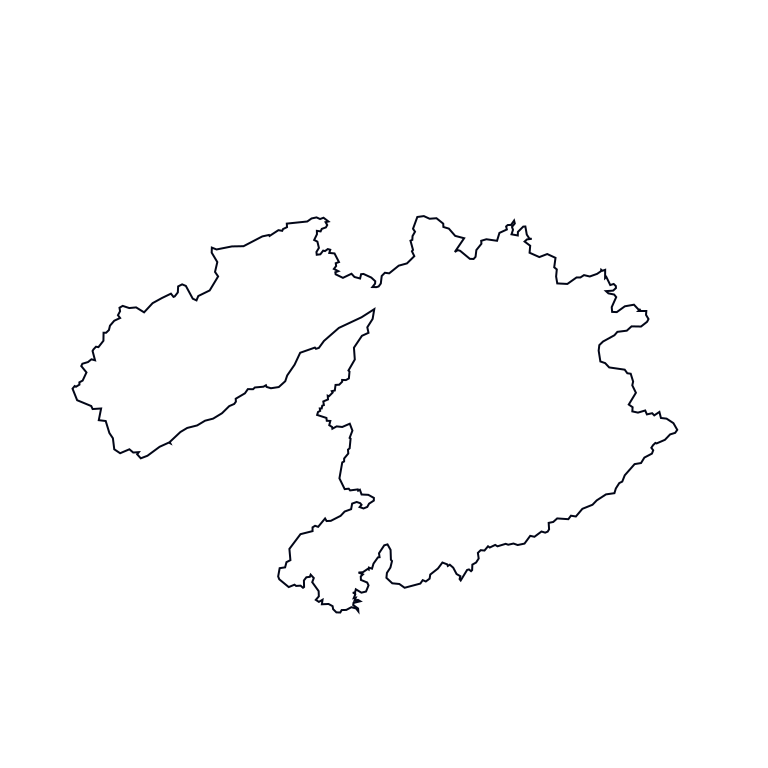 Mezquitic, Jalisco, Mexico (Natural Earth projection), rotated 226°
{"feature_id": "50627088B21610676051611", "entity_name": "Mezquitic", "entity_type": "district", "adm_level": 2, "iso_a3": "MEX", "parent_name": "Mexico", "parent_adm1": "Jalisco", "projection": "natural_earth1", "projection_center": [-104.018, 22.231], "detail": "fine", "context": "isolated", "style": "outline", "palette": "ink", "viewbox_px": 768, "rotation_deg": 226, "n_neighbors": 0, "source": "geoboundaries", "source_scale": "gbopen_adm2", "svg_char_len": 6154}
<svg xmlns="http://www.w3.org/2000/svg" viewBox="0 0 768 768"><g transform="rotate(226 384 384)"><path d="M458.2,538.0L466.8,536.9L471.2,531.6L477.1,529.3L481.0,524.0L475.5,512.7L472.0,512.1L470.6,507.3L468.0,504.5L468.7,502.6L460.3,498.0L460.1,496.3L454.9,494.6L454.8,484.3L458.9,476.8L460.0,464.6L463.4,461.9L463.3,457.4L458.5,451.5L457.9,447.9L458.9,445.9L461.8,443.0L462.4,447.3L464.0,449.1L469.4,448.8L477.4,445.7L478.9,443.8L476.5,440.1L481.5,437.1L485.9,437.2L488.9,428.2L496.5,425.4L498.2,426.6L496.9,429.5L501.6,427.9L502.1,431.5L504.4,433.2L503.0,436.3L512.3,439.1L516.3,435.7L517.9,438.6L520.1,437.3L520.6,433.9L522.2,432.9L521.5,428.3L523.7,425.4L525.9,427.1L527.1,431.7L532.7,435.0L536.1,433.8L538.3,439.8L540.8,442.1L537.8,444.4L538.8,447.0L537.0,451.0L537.8,453.6L541.0,454.4L539.5,456.9L545.6,456.0L547.1,452.6L550.7,451.2L553.4,446.9L554.2,441.7L566.9,425.5L564.2,423.2L565.6,419.0L564.9,417.2L568.0,414.9L570.0,404.5L571.1,404.8L574.7,399.0L580.7,378.7L588.6,370.2L597.1,357.0L601.7,354.9L598.2,351.3L587.5,348.8L582.0,340.3L576.6,339.4L572.4,323.6L576.3,311.5L574.4,307.2L578.2,305.7L592.2,309.6L595.9,308.0L597.2,303.7L593.1,299.3L592.4,294.3L592.9,293.1L597.0,293.5L600.1,284.0L602.9,273.7L602.2,261.2L611.3,258.9L615.6,253.5L621.7,250.3L622.6,246.7L619.7,244.7L618.3,240.4L614.8,240.0L616.9,233.9L616.3,227.4L613.9,223.6L613.9,219.7L615.7,217.9L610.0,212.2L608.9,204.2L610.9,202.7L610.7,199.0L610.2,197.3L601.8,192.6L605.0,190.7L605.4,186.3L608.1,181.1L607.2,178.7L599.0,178.0L595.8,169.6L596.8,166.0L595.1,164.5L596.0,160.5L597.4,160.1L597.0,156.7L585.5,152.0L571.5,158.1L568.4,157.0L562.9,163.5L556.1,153.7L550.7,158.1L539.5,152.4L533.3,151.3L524.4,144.6L517.5,146.1L513.9,155.5L508.9,156.0L505.3,160.3L504.9,157.6L499.5,157.4L496.7,164.0L494.7,179.0L491.3,188.6L489.8,189.1L491.1,189.5L490.9,204.2L489.1,211.9L484.0,220.8L481.9,229.8L477.8,237.0L475.5,247.2L475.6,257.3L473.7,262.4L474.2,265.2L476.4,267.1L473.9,277.5L474.9,282.5L471.2,286.2L471.2,288.7L465.8,295.4L465.1,298.2L463.5,297.5L459.5,299.7L454.9,306.2L454.6,314.9L457.4,320.3L460.0,333.1L464.7,345.4L458.2,359.6L456.6,359.5L455.2,362.2L456.7,370.8L455.7,390.5L447.6,414.2L444.6,429.0L438.7,421.0L436.4,411.4L431.6,408.4L434.0,401.6L431.0,387.6L421.9,380.0L418.4,367.8L416.9,367.8L412.4,362.6L413.3,359.3L416.0,356.7L414.7,355.5L414.6,351.3L417.0,348.5L413.5,344.1L415.1,341.5L413.5,341.1L413.4,336.0L414.7,335.4L411.8,333.0L413.6,328.2L410.6,326.1L411.3,324.5L409.7,322.2L411.0,320.8L409.0,319.4L409.7,317.1L408.2,314.4L399.6,319.0L397.3,317.3L394.7,319.7L392.4,316.0L389.1,316.8L387.7,315.8L386.4,320.5L382.1,324.1L379.2,331.8L372.4,328.9L369.1,321.8L367.9,322.0L361.6,314.6L361.8,312.5L358.8,310.0L358.1,303.6L356.0,301.5L356.6,299.5L347.1,286.4L335.7,282.7L333.2,285.9L331.0,285.7L326.4,291.9L325.2,291.3L324.7,293.2L320.1,291.1L315.2,295.7L309.1,297.6L307.2,295.7L308.3,290.1L307.2,286.6L308.7,282.8L312.4,281.0L312.7,283.9L314.8,284.1L318.1,282.4L320.1,278.0L316.8,273.4L319.6,267.1L319.3,261.2L322.5,250.7L325.3,247.5L328.2,248.2L327.0,237.4L329.9,235.9L330.5,233.0L327.8,230.4L334.0,219.6L331.1,201.4L322.3,194.3L323.6,190.1L320.8,185.5L324.0,181.0L319.1,174.2L316.3,173.0L304.1,174.4L301.8,180.2L299.8,180.5L296.9,183.9L293.7,184.2L293.5,185.5L298.3,189.9L298.9,193.9L296.8,196.7L297.8,198.8L293.2,198.7L291.3,194.7L280.4,193.1L276.5,189.6L276.1,185.0L272.5,185.8L271.5,189.9L268.7,186.3L264.3,191.3L259.9,192.7L257.4,191.0L252.8,191.1L250.0,193.8L250.8,196.5L247.7,199.9L246.1,205.5L241.9,208.0L238.3,207.6L240.5,209.4L246.4,208.3L247.7,210.0L244.2,216.0L246.8,215.3L248.7,212.4L249.9,215.3L251.0,213.5L252.5,217.1L253.9,217.3L253.0,218.6L255.4,216.4L254.3,218.6L255.9,221.1L249.6,222.8L247.2,226.9L249.9,233.0L252.9,234.0L259.1,231.3L261.7,233.6L261.7,236.6L266.1,234.7L263.3,238.0L262.3,243.8L261.1,244.1L262.4,245.6L259.5,247.1L262.1,251.7L263.5,259.2L262.5,260.5L265.7,262.8L267.8,272.1L266.2,275.1L260.1,273.5L252.8,266.9L251.1,266.8L247.5,261.1L246.1,254.9L242.9,251.1L234.9,251.5L229.5,256.1L223.1,257.3L215.2,271.5L216.0,275.6L212.9,276.9L212.3,281.6L214.8,284.9L213.8,294.6L215.0,302.0L210.3,304.2L208.8,303.5L208.3,305.8L203.8,306.2L196.9,304.2L192.7,305.4L191.2,302.9L189.4,302.7L192.5,314.6L191.6,316.3L188.9,316.6L188.9,318.1L192.7,322.1L191.6,326.2L192.7,330.9L197.3,334.2L197.3,338.1L194.4,340.6L195.0,346.1L192.9,346.5L191.0,352.2L188.4,352.9L184.5,360.5L182.1,361.7L179.3,366.3L175.3,368.3L171.6,374.2L173.2,383.7L169.6,386.1L168.5,394.8L165.1,396.7L164.1,399.2L164.8,401.8L169.7,406.0L167.2,409.9L167.0,415.2L158.7,422.7L159.4,427.0L155.4,430.0L156.4,440.0L152.3,450.1L152.5,456.2L150.4,467.0L145.4,473.9L147.8,478.2L149.3,484.4L148.3,487.6L151.1,493.8L152.3,508.6L148.6,514.0L150.2,520.2L147.8,528.4L149.3,531.6L152.4,532.0L153.1,535.0L153.1,538.3L151.9,538.8L148.7,547.3L149.0,554.8L146.6,559.5L147.3,563.1L154.8,565.0L162.8,563.2L167.2,559.6L172.6,562.7L173.7,556.6L176.7,556.6L179.5,552.0L183.5,553.5L187.0,546.8L191.8,543.6L194.6,546.7L199.2,545.8L202.7,559.1L210.6,561.7L212.7,564.9L220.0,568.6L222.7,566.5L227.1,567.1L239.5,557.5L245.4,557.6L249.9,555.3L258.9,561.6L262.4,565.9L262.4,571.1L259.0,583.6L259.4,588.1L253.7,595.7L253.5,602.1L246.8,608.8L246.0,616.5L247.0,619.4L251.7,620.5L254.3,623.4L259.7,617.8L259.6,620.5L260.2,618.8L267.4,618.9L272.6,611.2L274.0,601.4L277.4,598.2L281.1,601.2L285.2,611.4L288.5,611.7L293.3,608.4L296.6,608.2L292.0,613.7L291.9,617.5L293.4,618.8L296.4,618.7L298.0,615.5L306.6,618.3L306.6,616.6L312.5,622.4L313.7,619.8L315.3,619.6L314.4,618.5L315.2,613.8L318.4,606.7L323.4,603.5L324.2,599.3L326.9,596.5L328.6,585.4L336.0,578.5L341.8,582.5L346.4,587.9L349.7,587.5L355.6,595.0L364.1,591.7L367.4,583.9L377.3,579.9L381.9,585.2L388.8,584.1L388.7,587.3L385.8,591.1L387.6,589.6L392.3,590.5L399.1,595.1L400.5,593.5L400.4,586.0L397.9,583.4L403.1,579.7L405.3,583.9L408.1,585.2L408.6,589.6L411.2,591.1L410.2,585.9L412.4,583.4L412.5,581.3L409.8,579.7L412.5,572.0L408.5,564.8L417.0,558.2L419.5,553.4L417.2,551.5L416.2,543.5L411.9,538.2L411.7,535.3L414.4,532.7L426.9,531.3L429.0,530.1L429.8,526.7L433.2,542.9L441.1,538.1L450.7,538.6L455.7,535.8L458.2,538.0Z" fill="none" stroke="#020617" stroke-width="2"/></g></svg>